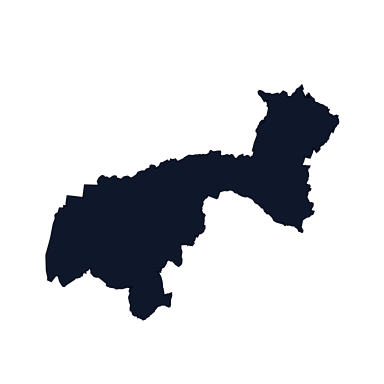 Voinesti, Dâmbovita, Romania, rotated 109°
{"feature_id": "2599482B44147750772273", "entity_name": "Voinesti", "entity_type": "district", "adm_level": 2, "iso_a3": "ROU", "parent_name": "Romania", "parent_adm1": "Dâmbovita", "projection": "natural_earth1", "projection_center": [25.247, 45.074], "detail": "fine", "context": "isolated", "style": "filled", "palette": "ink", "viewbox_px": 384, "rotation_deg": 109, "n_neighbors": 0, "source": "geoboundaries", "source_scale": "gbopen_adm2", "svg_char_len": 5964}
<svg xmlns="http://www.w3.org/2000/svg" viewBox="0 0 384 384"><g transform="rotate(109 192 192)"><path d="M322.0,299.7L322.3,296.0L315.4,293.7L314.9,292.6L315.1,290.9L319.6,287.8L323.0,283.5L322.8,282.0L320.2,280.6L312.9,274.9L310.6,274.0L310.7,272.9L309.9,271.8L308.9,270.3L307.2,269.5L306.8,268.6L305.8,268.8L305.9,269.4L305.4,269.8L303.0,267.8L303.1,266.1L301.7,266.7L300.7,266.3L299.8,265.1L297.1,264.5L297.9,262.7L299.5,261.6L301.3,261.1L303.5,257.4L303.6,255.0L302.6,252.6L306.3,242.4L308.1,242.4L308.5,240.8L308.3,239.6L308.6,238.9L307.7,234.4L308.2,232.1L306.8,229.6L306.0,226.7L302.7,222.0L302.9,221.4L301.4,217.9L303.7,219.1L305.6,219.0L306.4,218.9L307.6,217.3L312.2,217.5L316.6,214.9L318.8,213.0L322.2,212.5L324.2,211.6L324.0,210.0L325.4,209.2L325.6,208.3L326.6,208.5L327.4,207.3L327.6,205.7L326.8,203.9L328.3,202.4L327.8,201.0L328.0,199.7L327.7,199.4L328.2,198.6L328.1,197.6L328.7,196.7L328.0,196.4L327.6,195.1L325.8,194.4L323.5,192.3L322.2,192.4L321.3,191.4L317.1,189.0L316.2,189.1L311.2,187.3L309.6,184.8L307.9,183.8L308.3,182.9L307.6,181.1L307.5,179.8L308.0,179.2L307.8,177.8L308.2,176.8L307.5,175.7L305.4,175.9L301.5,177.4L296.7,177.6L294.3,178.6L296.9,181.7L296.6,181.9L298.8,184.9L292.9,188.0L293.1,188.3L292.7,188.6L287.0,191.0L282.3,194.2L278.6,198.4L278.0,195.8L277.1,196.2L276.5,195.8L274.0,196.2L272.1,194.2L268.2,193.3L265.9,193.4L263.7,192.5L264.0,189.5L263.3,188.1L265.8,183.6L266.5,180.4L264.0,178.9L262.7,178.8L259.1,179.6L257.0,181.4L251.8,182.3L248.9,184.5L245.3,185.5L242.8,178.9L243.6,178.6L242.8,177.7L243.0,176.1L242.3,174.8L241.9,174.8L242.2,174.3L239.7,173.5L239.2,174.5L235.9,173.9L232.6,174.5L232.1,174.2L232.8,172.4L232.2,172.2L231.9,172.8L231.2,172.7L231.5,172.2L229.0,171.7L228.3,171.1L228.4,170.1L225.6,168.3L223.9,168.6L222.4,168.0L219.8,169.0L220.2,170.2L213.8,171.7L213.3,172.5L209.8,172.2L209.0,173.2L209.2,175.3L207.7,175.8L206.7,177.9L205.8,177.1L204.8,177.2L204.2,178.0L199.4,177.8L198.6,178.7L197.6,178.8L194.3,177.9L192.1,176.2L190.7,176.2L189.8,175.2L190.1,166.6L189.1,165.9L182.7,166.0L180.0,162.2L179.0,158.7L177.4,156.8L177.2,155.8L177.3,153.4L178.5,151.2L178.0,148.5L178.8,147.1L179.3,143.6L179.1,140.1L178.0,138.1L178.8,132.5L179.5,131.0L181.0,129.5L181.6,127.9L181.8,125.0L182.6,124.1L183.2,121.7L183.4,122.1L184.1,121.3L184.0,119.9L183.4,119.9L183.5,119.5L186.7,116.8L187.2,115.1L188.0,114.3L187.5,112.3L187.9,111.2L189.9,107.4L192.1,105.3L192.5,103.9L192.7,101.9L192.4,96.8L192.1,96.4L192.4,95.9L191.8,95.7L192.0,95.2L191.6,94.9L192.9,94.2L193.3,93.1L191.9,92.0L191.5,91.1L192.1,90.6L191.3,89.6L191.3,87.0L190.9,85.1L190.2,84.2L191.3,82.9L191.8,80.8L193.0,78.9L194.1,78.4L193.9,76.7L194.3,75.3L194.0,74.6L192.6,74.6L189.9,77.5L182.5,78.6L178.3,75.5L177.0,73.2L175.0,72.4L173.8,70.8L172.7,70.4L171.4,70.7L170.3,70.1L170.9,71.0L170.8,73.5L169.1,73.9L165.8,73.2L163.6,73.8L163.2,75.3L163.8,76.0L163.8,77.6L159.7,81.9L155.3,82.1L154.7,83.4L151.7,80.8L150.4,80.8L150.4,81.3L151.1,81.3L150.8,82.5L148.0,82.4L147.5,83.0L147.9,83.2L147.5,83.6L147.9,84.5L147.5,84.8L147.6,85.8L148.2,86.1L147.4,86.8L145.9,87.2L142.1,86.6L140.3,87.5L139.4,87.0L136.0,88.4L135.4,89.3L132.9,90.1L131.4,90.1L130.9,89.2L129.2,89.1L130.4,93.1L130.2,93.4L130.9,94.6L130.9,97.2L127.0,96.6L121.9,97.0L121.4,91.6L116.1,91.2L111.3,91.6L111.8,90.6L111.2,90.2L113.3,88.0L112.9,87.6L113.5,87.2L112.7,86.9L112.9,86.5L110.0,85.2L109.4,85.3L108.8,86.0L106.7,85.7L104.3,83.4L101.8,82.6L100.8,81.3L98.8,81.3L97.5,80.4L96.7,80.3L95.8,80.8L89.6,80.3L89.3,79.7L86.9,78.7L89.4,78.8L89.6,78.1L84.6,78.1L82.7,77.1L80.7,77.0L80.2,76.2L78.3,76.2L75.7,77.4L73.9,79.6L73.4,78.8L72.6,78.8L72.4,80.3L74.5,82.9L73.6,84.8L73.6,87.2L72.0,89.6L69.5,89.3L69.7,90.5L68.9,91.5L68.0,91.8L68.1,93.6L67.2,96.6L67.5,98.8L66.9,102.4L67.2,105.2L64.3,107.1L64.0,108.8L62.5,111.9L60.8,113.4L60.9,114.1L64.4,112.3L64.9,112.6L64.6,112.8L65.0,113.8L63.1,114.1L62.7,114.8L64.5,115.1L65.1,114.6L65.5,115.9L59.9,121.4L59.3,121.2L58.4,121.8L58.3,120.6L55.3,122.9L58.4,124.3L60.9,126.4L64.2,126.7L66.0,128.4L69.8,129.2L70.8,132.9L67.5,134.8L67.0,138.6L71.1,140.6L71.4,141.2L70.8,143.1L74.1,148.1L73.7,150.5L75.1,155.0L74.1,158.0L74.1,160.7L74.4,161.4L75.8,161.9L77.8,160.5L79.2,157.3L82.7,153.2L81.2,152.3L81.9,152.0L82.1,151.1L81.0,150.5L81.1,149.9L82.2,150.5L84.7,148.7L85.5,149.0L86.1,148.7L85.8,148.2L86.4,148.2L86.5,147.5L87.4,146.8L95.3,145.7L98.1,147.3L102.4,147.1L101.4,148.2L101.6,149.0L103.9,150.2L106.8,150.1L108.0,150.8L109.2,150.4L112.4,151.4L114.0,150.9L114.5,149.6L117.1,148.6L125.0,148.8L133.3,148.1L133.2,146.7L133.4,146.3L138.9,146.0L139.0,147.0L139.9,147.3L140.7,148.8L140.6,149.5L139.6,150.0L139.6,151.6L142.1,154.4L142.0,155.3L140.1,156.3L142.8,159.3L145.4,160.2L146.5,161.9L146.2,162.8L144.0,165.4L143.8,166.5L144.5,167.6L145.6,168.0L145.7,169.1L145.3,169.9L145.5,171.1L146.0,171.9L147.4,172.5L147.0,173.1L148.4,175.5L147.9,177.1L146.8,177.9L145.0,178.0L144.3,178.5L145.1,180.8L147.3,184.7L146.8,187.6L147.7,188.2L149.2,188.1L151.8,189.8L153.0,192.5L153.0,193.9L154.7,195.6L154.1,196.5L154.3,197.1L155.2,198.2L155.6,199.9L157.7,203.5L158.3,206.7L161.6,209.7L163.7,211.0L167.9,215.3L167.8,216.1L166.3,218.4L168.0,220.8L168.0,222.8L169.5,222.6L170.5,223.1L170.9,224.3L170.0,225.4L172.7,228.1L174.0,228.7L174.2,230.0L174.9,230.9L178.0,231.2L181.5,233.8L181.7,234.8L180.0,235.0L179.4,236.1L179.9,239.2L180.9,240.0L182.4,239.5L183.3,239.8L185.4,242.5L187.8,243.4L188.6,246.3L191.1,249.4L193.9,249.9L198.6,253.5L198.9,255.1L198.2,257.4L198.4,258.6L200.3,261.5L202.9,262.7L203.2,263.5L203.5,266.9L202.9,268.3L201.9,268.9L202.1,270.4L202.5,271.3L206.1,274.2L206.4,275.1L205.7,277.4L206.9,279.1L205.7,280.6L205.9,282.4L208.9,284.3L212.7,284.8L215.0,283.1L216.4,282.8L220.4,295.7L232.9,293.1L236.3,308.6L244.2,307.1L244.1,306.5L245.9,306.0L246.7,308.7L249.1,307.9L250.4,312.0L254.7,311.7L256.1,312.3L256.9,313.4L258.7,313.9L261.7,312.4L267.1,312.6L281.8,310.5L299.2,309.4L313.8,303.9L319.7,300.3L322.0,299.7Z" fill="#0f172a" stroke="#020617" stroke-width="1.5"/></g></svg>